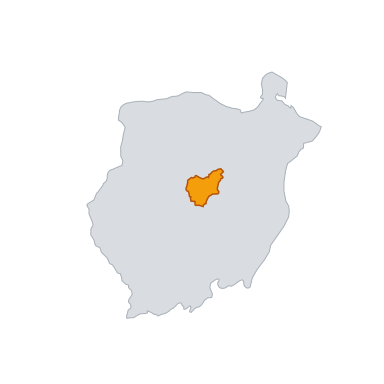 Brasov on a map of Romania (Albers equal-area conic projection), rotated 293°
{"feature_id": "ROU-305", "entity_name": "Brasov", "entity_type": "County", "adm_level": 1, "iso_a3": "ROU", "parent_name": "Romania", "parent_adm1": "", "projection": "albers", "projection_center": [25.29, 45.778], "detail": "fine", "context": "in_parent", "style": "filled", "palette": "amber", "viewbox_px": 384, "rotation_deg": 293, "n_neighbors": 0, "source": "natural_earth", "source_scale": "10m", "svg_char_len": 5313}
<svg xmlns="http://www.w3.org/2000/svg" viewBox="0 0 384 384"><g transform="rotate(293 192 192)"><path d="M288.3,212.7L291.7,217.0L295.8,219.2L305.2,221.3L306.0,221.0L306.1,220.5L305.4,219.9L305.3,219.1L305.7,218.1L307.0,218.0L309.1,218.8L313.1,217.3L318.8,213.5L324.2,212.5L329.2,214.3L331.9,216.6L333.7,218.8L333.3,221.7L333.1,223.5L332.2,231.0L331.4,233.8L330.1,236.9L314.8,241.4L315.8,239.6L315.3,236.5L314.5,234.2L315.8,232.0L312.3,231.4L310.9,232.6L309.8,234.7L311.0,239.3L309.5,242.0L308.9,243.4L308.9,246.8L308.0,248.3L307.9,250.0L310.3,249.4L309.3,252.4L304.9,258.3L303.4,261.7L304.4,275.1L302.6,283.1L302.6,285.5L297.5,285.8L296.0,285.7L291.2,284.6L285.8,282.7L282.6,278.7L280.5,275.8L276.0,277.3L275.2,276.9L273.9,275.6L270.5,274.7L266.3,274.8L256.8,269.6L255.7,268.8L248.4,269.8L237.4,272.7L229.0,276.1L220.3,282.0L216.8,286.5L212.7,288.9L206.8,290.7L196.3,290.0L185.4,287.7L173.8,285.2L167.4,286.5L158.9,285.4L146.1,282.2L136.5,281.1L127.0,282.6L125.4,281.2L125.1,279.7L125.6,277.7L126.9,276.0L129.3,274.8L130.5,273.5L130.7,272.2L128.2,270.0L123.0,267.0L120.9,265.1L120.4,264.6L120.3,263.0L119.3,261.6L117.3,260.6L115.8,258.9L114.7,256.4L115.1,254.1L116.7,252.0L118.8,251.1L121.2,251.5L122.3,250.9L121.9,249.3L119.6,247.3L115.2,244.8L110.7,245.9L106.0,250.7L102.6,251.4L100.7,247.9L97.2,245.8L92.1,245.0L89.0,243.5L87.9,241.6L85.7,240.0L80.8,238.2L80.8,236.7L81.7,236.3L83.4,236.3L85.8,236.1L86.2,235.2L86.3,234.5L84.5,233.4L82.6,232.6L81.7,231.9L81.1,231.1L81.0,230.3L81.6,229.8L82.3,229.8L83.1,229.4L83.6,227.6L84.7,226.2L85.4,225.7L85.4,224.6L84.7,223.5L83.8,222.6L82.3,222.0L77.7,220.2L75.4,217.9L74.0,217.8L71.8,216.4L69.4,214.4L67.4,211.7L65.2,209.8L64.6,209.1L64.6,208.4L65.1,207.7L65.1,206.8L64.6,204.2L65.2,201.5L65.2,198.9L65.3,197.7L64.9,197.3L64.5,197.7L63.9,198.1L63.3,198.2L61.7,196.2L59.8,192.2L58.4,190.9L55.7,188.9L53.4,187.3L51.9,184.0L50.3,181.4L51.6,180.4L58.4,179.4L61.4,181.0L62.9,180.5L64.3,179.5L65.1,178.6L65.3,177.6L66.1,176.4L68.4,175.9L74.3,177.0L76.8,175.4L77.8,174.5L78.4,172.5L79.2,170.9L81.4,170.1L81.4,168.6L81.2,166.9L82.6,163.3L83.4,161.8L84.7,161.3L86.2,160.2L88.8,157.9L88.3,155.8L88.9,154.2L91.7,150.6L93.9,147.0L93.9,145.2L94.3,143.6L96.2,141.9L98.1,139.7L100.9,132.7L101.8,131.5L103.4,130.2L104.7,128.9L105.0,124.2L106.2,122.9L108.4,121.5L110.6,119.1L112.4,116.3L113.8,115.0L115.6,114.7L117.5,113.7L119.7,113.3L121.7,114.0L123.0,113.7L125.0,112.4L130.2,107.2L131.0,106.2L132.1,105.5L136.2,103.8L137.3,102.0L138.7,100.4L140.5,100.6L146.3,104.8L152.7,104.7L153.8,104.8L154.2,104.9L154.9,105.3L163.3,107.4L164.6,107.2L165.0,107.1L168.4,108.8L171.4,108.6L174.2,107.5L177.2,107.1L179.9,107.9L182.0,110.2L187.3,115.2L188.9,117.1L191.4,116.8L194.1,115.9L196.9,112.6L205.4,108.8L211.9,107.9L218.2,106.3L225.5,105.2L227.5,102.1L228.7,100.0L229.4,96.1L233.3,94.9L237.1,94.0L238.4,93.5L241.1,93.3L243.2,93.6L246.5,95.5L248.8,97.8L249.8,99.7L251.8,102.4L253.9,106.1L256.3,111.1L256.9,113.6L257.8,116.4L259.6,119.7L262.9,123.3L263.4,124.0L264.9,126.6L268.0,132.3L270.4,134.5L272.6,137.0L273.7,139.5L275.2,141.8L278.9,144.7L281.8,147.4L284.4,155.3L286.1,158.9L287.2,161.7L287.0,167.4L287.7,169.8L286.5,174.3L284.5,183.3L284.1,190.5L284.7,194.3L284.8,196.8L285.5,198.3L286.2,201.5L286.4,204.4L285.6,205.2L284.4,205.9L284.0,206.5L285.1,207.8L286.7,210.1L288.3,212.7Z" fill="#d9dde1" stroke="#a8b0b8" stroke-width="1"/><path d="M204.6,214.3L204.0,214.6L203.8,214.8L203.5,215.4L203.4,215.8L202.8,216.5L201.0,217.0L200.0,215.8L198.3,212.1L197.9,211.5L197.4,211.2L196.9,211.0L196.4,210.7L195.3,209.7L194.5,209.2L191.2,208.8L189.3,208.9L188.4,208.9L188.1,208.9L187.7,209.0L187.2,209.4L186.8,209.5L186.6,209.3L186.4,209.0L186.2,208.6L185.7,208.1L185.3,207.9L184.8,207.8L182.9,207.9L182.9,207.0L182.8,206.4L182.7,205.2L182.5,203.7L182.3,203.2L182.1,202.7L181.2,200.7L181.2,200.3L181.4,199.9L181.8,199.6L182.9,199.1L183.5,199.0L184.0,198.7L184.4,198.4L184.5,198.0L184.4,197.7L184.2,197.5L184.0,197.4L183.9,197.2L183.8,196.9L183.8,196.6L183.8,196.1L183.7,195.8L183.3,195.3L183.2,195.0L183.2,194.7L183.4,194.4L184.8,193.7L185.2,193.2L185.7,193.0L186.1,192.9L186.3,193.0L186.6,193.1L187.0,193.0L187.1,192.6L187.1,192.3L186.9,191.7L186.9,191.4L187.1,191.2L188.8,190.3L190.6,188.9L191.2,188.0L191.0,187.1L191.1,186.8L191.3,186.3L191.6,186.0L192.3,185.4L192.7,185.2L193.1,185.1L195.9,184.9L197.4,184.6L198.9,184.4L200.6,183.6L201.1,183.6L201.6,183.7L202.2,184.0L202.7,184.5L203.1,184.8L204.5,185.3L205.3,186.2L205.1,186.8L205.2,187.2L205.4,187.6L206.4,188.4L206.8,188.9L207.1,188.7L207.6,188.6L208.3,188.8L208.6,189.1L208.8,189.8L208.4,191.3L208.5,191.7L208.5,192.0L208.3,192.6L208.2,193.5L208.3,196.3L208.4,197.0L208.7,197.6L210.8,199.0L211.7,200.0L211.8,201.4L212.3,201.4L212.6,201.3L212.8,201.1L213.2,201.4L213.6,201.3L214.1,201.2L214.5,201.1L214.7,200.8L215.2,201.5L215.7,201.8L218.5,202.8L219.2,203.3L220.1,204.2L220.6,205.0L221.1,205.9L221.4,206.2L222.0,206.4L222.6,206.7L223.1,207.2L224.1,208.7L224.7,209.3L223.1,212.9L221.7,212.6L220.1,211.7L219.4,211.6L219.0,211.8L218.8,212.1L218.7,212.6L218.6,213.1L218.5,213.6L218.2,214.2L217.6,214.7L217.1,214.8L216.7,214.7L216.4,214.5L216.0,213.8L215.8,213.5L215.4,213.3L215.1,213.3L214.2,213.6L213.8,213.6L212.5,213.1L211.2,212.8L210.5,212.9L205.5,213.8L205.1,213.9L204.6,214.3Z" fill="#f59e0b" stroke="#b45309" stroke-width="1.5"/></g></svg>